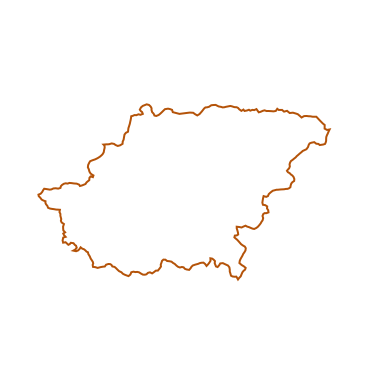 the district of Mutum, Minas Gerais, Brazil, rotated 255°
{"feature_id": "56859067B47426094503718", "entity_name": "Mutum", "entity_type": "district", "adm_level": 2, "iso_a3": "BRA", "parent_name": "Brazil", "parent_adm1": "Minas Gerais", "projection": "orthographic", "projection_center": [-41.459, -19.934], "detail": "fine", "context": "isolated", "style": "outline", "palette": "amber", "viewbox_px": 384, "rotation_deg": 255, "n_neighbors": 0, "source": "geoboundaries", "source_scale": "gbopen_adm2", "svg_char_len": 5421}
<svg xmlns="http://www.w3.org/2000/svg" viewBox="0 0 384 384"><g transform="rotate(255 192 192)"><path d="M229.2,43.0L227.6,42.9L225.9,43.9L223.6,44.8L222.1,46.4L221.0,48.1L219.5,47.6L218.0,47.8L216.0,48.7L214.0,48.9L212.8,50.5L211.9,52.4L211.2,54.1L210.2,56.2L209.6,58.1L209.0,59.8L206.9,58.8L204.9,59.2L203.1,58.7L201.3,58.7L199.7,58.7L198.1,57.9L196.3,58.2L194.2,60.0L191.9,58.5L189.6,58.0L188.1,57.8L185.9,59.0L185.2,56.9L183.5,57.2L181.4,58.3L181.3,55.8L178.8,54.5L176.4,54.4L176.2,56.9L174.6,57.9L173.0,58.9L173.3,60.4L174.3,61.8L173.2,64.3L171.3,65.1L170.1,66.1L168.0,66.2L166.6,64.3L166.1,62.2L164.8,64.7L165.0,66.7L166.0,68.6L167.4,70.1L165.6,71.4L164.7,72.8L163.2,73.9L161.7,74.7L160.7,75.9L158.9,75.8L156.3,76.6L153.9,76.9L151.9,77.6L150.2,78.1L148.6,78.1L147.3,77.2L145.3,77.0L144.4,79.2L143.1,81.2L143.1,84.3L142.9,86.7L142.6,88.5L144.0,90.2L144.1,92.6L143.6,94.2L142.5,95.3L140.7,95.8L139.7,97.8L138.1,98.9L136.3,99.9L134.4,101.1L132.7,103.1L131.0,104.0L129.6,105.5L128.5,107.0L127.2,108.9L128.2,111.1L130.2,112.6L130.2,114.8L129.3,116.6L129.0,118.4L128.1,120.1L126.3,121.7L124.9,123.2L124.3,125.1L124.3,126.7L125.3,128.5L125.3,130.6L123.7,132.4L124.4,134.4L125.4,136.7L124.9,138.7L126.5,140.9L128.0,142.7L129.9,143.0L131.5,144.1L133.3,145.3L134.1,146.9L133.5,148.8L131.8,150.1L131.0,152.2L130.0,154.2L128.4,155.3L127.0,156.7L125.0,157.9L123.4,159.1L122.2,160.8L122.2,162.8L121.4,164.4L119.7,165.2L118.6,166.7L117.5,169.1L118.7,170.9L119.8,172.0L120.8,173.7L121.0,176.3L121.0,179.3L121.3,181.2L121.2,182.8L120.8,184.8L119.0,186.1L116.8,186.9L117.9,188.7L119.3,190.5L120.8,192.1L123.2,192.6L122.4,194.3L121.0,195.4L119.3,196.3L117.4,195.5L115.6,195.7L113.9,195.9L112.9,197.3L114.3,199.4L115.7,200.8L115.3,203.4L113.4,205.6L111.7,207.7L109.6,208.6L107.3,208.4L105.4,207.9L103.2,208.0L101.1,208.0L99.9,209.3L99.1,211.3L98.8,212.9L97.2,213.4L95.6,213.8L96.8,215.3L97.9,217.2L99.5,218.4L101.4,219.9L102.5,221.4L103.3,223.2L104.8,224.2L106.7,222.9L108.7,221.0L111.1,219.4L113.3,220.4L114.9,221.7L116.3,223.1L117.5,224.3L119.0,225.5L120.1,226.9L121.7,228.5L123.8,229.4L125.6,228.9L127.2,227.3L128.9,225.9L131.0,224.9L132.8,224.0L134.3,223.2L135.7,222.2L137.2,221.2L138.8,222.1L138.5,224.0L139.0,225.6L140.9,225.9L143.3,225.9L145.3,225.8L146.9,226.2L145.9,228.7L144.9,230.7L145.3,232.8L145.6,235.0L144.4,236.2L143.2,238.1L142.0,239.6L141.0,240.9L140.2,242.5L140.6,244.7L141.3,246.5L142.7,248.6L144.0,250.3L145.2,251.4L146.3,252.8L148.4,254.0L150.6,253.9L152.3,255.2L152.8,256.7L152.3,258.2L152.5,260.6L154.7,260.9L156.7,260.2L158.6,260.9L160.3,259.4L161.3,257.2L163.5,257.2L165.8,258.2L167.9,259.2L169.5,260.1L168.1,262.4L168.4,264.3L170.1,265.6L171.2,267.7L172.3,270.3L172.3,272.4L172.3,274.3L171.9,275.9L171.6,277.9L171.2,279.8L170.8,281.7L170.7,283.3L170.3,285.2L170.5,286.8L171.2,288.3L172.8,289.0L174.5,290.1L175.5,291.5L176.2,293.5L178.0,294.2L180.2,294.0L182.0,293.2L183.4,292.0L184.8,291.3L186.3,289.8L187.9,289.2L188.9,290.5L189.7,291.9L191.3,293.1L193.5,293.4L195.1,294.4L196.3,295.6L197.0,297.5L197.8,299.2L198.6,301.1L199.5,302.4L200.2,303.9L201.3,306.1L202.2,308.1L203.0,309.6L203.3,311.4L203.7,313.6L205.4,315.7L207.4,317.0L208.5,318.2L208.7,320.1L208.5,323.0L206.5,324.5L205.7,326.6L204.3,327.5L204.1,329.2L203.9,331.0L204.0,332.9L205.3,334.0L206.7,334.8L208.5,335.3L210.3,335.9L212.0,337.1L213.1,338.1L214.8,339.4L216.8,341.1L217.0,338.5L218.9,336.5L222.4,337.5L224.3,336.1L228.0,334.0L229.7,333.1L232.5,331.6L233.6,327.7L234.4,326.2L234.9,324.5L235.8,322.3L236.3,319.9L235.6,317.1L237.5,315.9L239.8,314.3L240.8,312.8L242.5,310.0L243.0,306.8L245.8,304.8L245.8,301.7L248.0,300.2L248.8,297.0L250.3,295.9L248.6,293.9L248.8,291.6L249.6,289.4L250.3,287.3L250.9,285.0L252.1,283.2L252.1,281.5L251.7,278.9L251.7,277.1L255.4,275.7L255.0,273.3L255.7,271.6L255.5,269.3L256.7,268.3L256.5,266.2L256.7,263.7L258.3,263.0L257.6,260.7L259.7,259.0L261.2,258.3L262.3,257.1L263.0,254.9L264.5,252.6L265.2,251.2L265.5,246.7L265.5,245.1L265.8,243.5L266.7,242.1L267.8,239.8L270.0,237.4L270.5,235.0L270.8,233.1L269.9,230.5L269.9,228.5L270.2,226.8L269.5,225.3L267.3,222.4L265.3,219.4L264.6,216.9L266.5,215.0L268.2,213.7L269.3,210.4L270.7,200.1L274.1,194.1L276.5,194.0L277.8,192.2L278.7,190.4L279.0,187.3L277.9,185.3L276.8,183.4L275.8,181.5L275.0,179.7L274.7,177.1L275.6,175.5L277.6,175.2L279.4,174.2L281.6,174.1L283.4,174.6L285.2,174.2L287.2,173.0L288.4,170.9L288.2,169.2L287.9,166.7L286.9,164.6L285.0,162.9L283.4,163.5L282.1,164.5L280.2,164.7L279.9,162.2L280.9,160.4L280.6,158.1L281.2,156.4L280.9,154.5L280.9,152.9L279.4,152.3L277.5,151.4L275.8,150.5L274.0,149.6L272.1,148.4L270.1,147.1L268.6,146.5L266.8,145.8L266.3,143.5L265.0,141.7L262.5,140.5L260.3,139.5L258.6,138.1L256.5,137.4L255.7,134.6L255.7,132.2L257.2,130.3L258.6,129.2L259.7,127.0L259.6,124.1L260.2,121.6L260.7,118.8L259.4,119.5L257.4,119.1L255.4,118.0L253.2,117.0L251.7,115.5L250.9,114.2L249.9,112.1L249.1,109.5L248.6,106.9L248.4,103.9L248.1,101.6L247.0,100.4L245.0,98.7L242.8,97.8L240.7,98.2L238.2,98.2L236.2,98.8L234.8,99.8L233.5,101.1L232.0,100.1L233.3,98.1L232.2,96.6L230.0,95.8L229.2,93.9L228.5,92.5L227.3,91.2L227.0,89.1L226.8,87.3L226.8,85.3L228.3,84.9L229.9,82.8L230.8,80.2L231.7,78.1L232.5,75.9L232.3,74.1L233.1,72.2L233.1,70.3L232.4,68.2L231.5,66.8L230.0,66.0L229.9,63.6L230.9,61.3L231.3,59.0L230.9,56.9L231.1,55.2L231.9,53.5L232.7,51.7L233.4,50.1L232.4,48.8L230.8,47.3L229.5,45.4L229.2,43.0Z" fill="none" stroke="#b45309" stroke-width="2"/></g></svg>